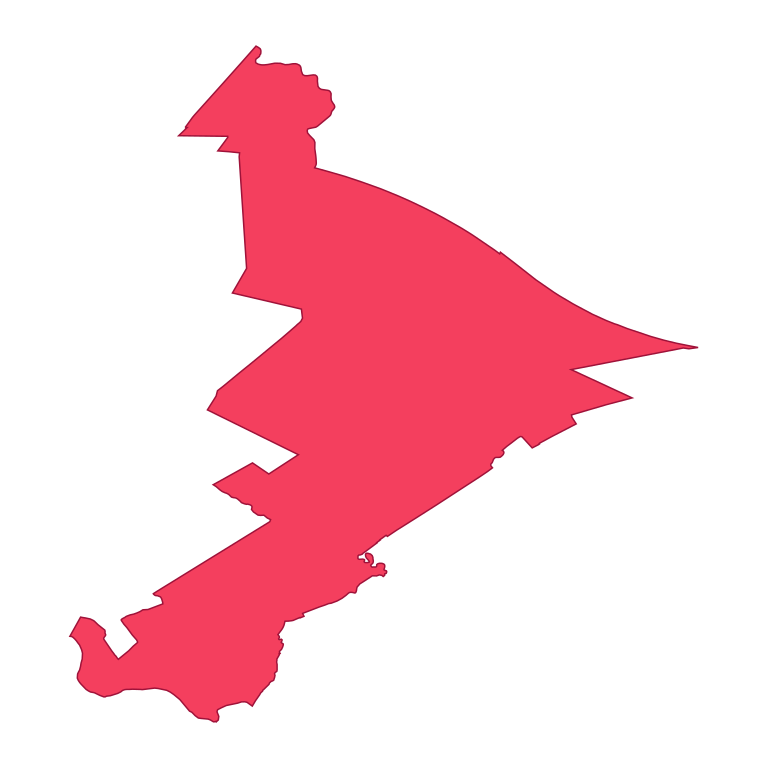 the district of Ciorogarla, Giurgiu, Romania
{"feature_id": "2599482B38423269325251", "entity_name": "Ciorogarla", "entity_type": "district", "adm_level": 2, "iso_a3": "ROU", "parent_name": "Romania", "parent_adm1": "Giurgiu", "projection": "robinson", "projection_center": [25.874, 44.434], "detail": "fine", "context": "isolated", "style": "filled", "palette": "rose", "viewbox_px": 768, "rotation_deg": 0, "n_neighbors": 0, "source": "geoboundaries", "source_scale": "gbopen_adm2", "svg_char_len": 6042}
<svg xmlns="http://www.w3.org/2000/svg" viewBox="0 0 768 768"><path d="M216.2,721.9L218.3,720.0L218.8,716.4L217.0,711.8L217.6,709.7L221.3,707.8L226.3,705.5L237.8,703.1L241.4,701.9L244.8,701.8L247.0,702.3L252.3,706.1L255.5,700.7L259.7,694.7L260.6,693.0L262.6,691.1L262.7,690.3L263.5,689.7L269.0,684.3L269.5,682.9L271.2,681.4L272.6,680.9L273.7,680.2L274.6,677.4L275.0,675.4L274.6,674.0L274.6,673.4L275.3,672.4L276.8,671.4L277.1,669.9L277.1,664.5L276.6,662.0L276.9,660.3L276.9,659.0L278.7,655.9L279.4,654.5L279.1,653.8L280.1,653.4L279.4,652.2L279.5,651.4L281.5,649.4L282.7,646.9L283.3,644.7L283.2,643.9L281.4,642.7L281.2,642.3L281.9,640.9L282.1,639.9L281.3,639.2L279.5,639.6L279.0,639.5L278.7,639.2L278.6,638.9L279.4,637.4L279.2,636.3L277.9,634.6L281.3,630.2L282.2,628.9L283.1,627.3L284.0,625.2L285.0,621.2L288.4,621.1L291.8,620.7L293.2,620.4L299.9,617.5L300.1,617.9L304.0,616.3L302.6,613.4L319.2,607.0L325.1,605.0L328.6,603.6L331.2,603.2L337.1,601.0L342.0,598.3L345.9,595.4L348.6,593.0L349.6,592.5L350.8,592.3L352.2,592.4L354.9,593.0L355.4,592.8L355.8,592.4L356.4,590.8L356.8,588.1L357.2,586.9L358.6,585.4L359.7,584.0L372.4,575.8L376.6,575.9L379.4,574.9L381.9,575.4L383.2,576.5L384.6,575.4L384.6,574.6L384.8,573.8L385.7,573.6L386.2,573.3L386.5,572.7L386.7,571.8L386.6,571.2L386.3,570.8L384.3,570.1L384.0,569.4L384.3,568.5L384.6,567.5L384.8,566.2L384.7,565.3L384.4,564.5L383.5,563.9L382.2,563.4L381.3,563.3L379.4,563.3L377.9,563.7L376.8,564.5L376.6,566.3L376.0,566.9L374.9,567.1L374.1,566.9L372.2,567.2L370.9,565.9L370.7,565.2L372.8,563.2L373.2,562.1L373.3,560.9L372.9,558.3L372.9,557.4L372.2,555.6L370.6,554.1L368.0,553.3L366.4,553.2L365.8,553.7L365.5,554.3L365.6,556.1L366.2,557.7L368.6,560.4L369.3,561.6L369.2,562.2L367.4,562.6L365.7,562.6L364.6,562.4L364.3,562.1L364.1,561.3L364.5,560.6L364.5,559.7L364.0,559.4L362.7,559.1L359.3,559.3L358.3,559.0L357.9,558.3L358.0,556.3L358.1,555.7L358.7,555.1L360.4,554.9L362.2,554.2L362.6,553.8L362.6,553.6L377.0,542.9L376.7,542.6L380.2,540.0L379.9,539.7L386.1,535.3L387.4,536.4L396.6,530.2L415.5,518.3L437.0,504.6L481.4,475.7L488.0,471.2L492.5,467.8L491.0,466.0L490.8,465.4L490.8,464.4L491.0,463.9L491.4,463.4L492.0,462.9L492.4,462.2L493.5,459.3L494.8,457.9L495.3,457.6L496.1,457.4L498.6,457.4L499.5,457.3L500.2,457.2L501.2,456.5L502.4,455.4L503.2,454.5L503.8,453.2L503.9,452.4L503.7,451.7L503.3,451.0L502.3,450.3L506.9,446.3L511.3,443.0L517.3,438.3L519.9,436.7L520.9,436.5L522.1,436.9L523.5,438.4L532.2,447.9L538.6,444.6L539.5,443.9L539.2,443.5L539.7,443.1L552.8,436.0L576.2,423.9L571.9,417.2L571.5,414.9L606.3,404.7L632.1,397.9L571.1,369.6L683.3,348.0L688.9,348.8L698.1,347.5L688.2,345.6L676.3,343.2L663.9,340.2L650.9,336.5L627.3,328.6L617.4,324.7L614.4,323.8L606.2,320.5L592.3,314.2L576.0,305.5L572.7,303.7L559.2,295.7L553.6,292.1L535.7,279.7L515.6,263.9L500.4,252.2L499.7,253.9L494.5,250.0L489.2,246.4L472.6,235.1L461.9,228.4L445.0,218.8L436.0,213.9L422.7,207.2L410.3,201.3L398.8,196.2L381.2,189.0L362.6,182.3L345.3,176.5L327.7,171.4L314.6,167.8L315.7,165.7L316.2,164.2L316.3,163.1L316.0,158.0L315.7,155.1L314.8,148.7L314.9,142.4L313.9,139.8L309.6,135.4L307.6,133.0L307.2,130.8L307.5,129.6L308.1,128.8L310.7,128.2L315.8,127.2L317.6,126.1L329.6,116.1L330.5,115.1L331.0,114.0L331.6,111.8L332.0,111.0L332.8,110.2L334.0,108.6L334.6,107.5L334.7,106.6L334.4,105.4L334.0,104.6L333.3,103.7L331.5,100.8L331.2,99.6L331.0,97.0L331.1,93.7L330.4,92.0L329.8,91.3L328.9,90.6L327.6,90.3L321.4,89.4L320.6,89.0L319.4,88.3L318.0,86.4L317.4,81.2L317.5,78.5L317.4,77.7L317.1,76.7L316.7,76.1L315.4,75.1L313.3,74.9L307.4,75.7L306.0,75.7L304.6,75.6L302.7,74.6L301.4,71.2L300.9,67.7L300.4,66.3L299.5,65.2L297.0,64.0L295.3,63.7L292.5,63.8L288.8,64.5L285.1,64.7L280.5,63.3L275.2,63.2L274.2,63.3L267.9,64.5L264.2,64.9L261.8,64.9L259.6,64.5L258.1,64.1L256.2,63.0L255.9,62.8L255.7,62.4L255.6,60.9L255.7,59.7L256.2,58.9L258.8,56.9L259.6,56.0L259.9,54.7L260.6,54.0L260.8,53.2L260.9,51.3L260.8,50.3L260.5,49.4L260.1,48.7L258.5,47.5L256.0,46.1L242.6,61.3L222.1,84.3L194.6,114.9L192.5,117.4L185.6,126.9L186.2,127.3L186.0,127.6L187.1,127.6L178.7,135.7L227.7,136.3L227.8,137.4L217.8,150.9L228.8,151.7L239.6,152.8L239.2,156.5L239.2,157.1L246.6,268.4L232.4,293.0L301.4,309.1L302.5,318.2L300.8,321.5L297.0,324.8L295.8,326.0L281.6,338.3L251.5,363.1L238.4,373.7L222.8,386.6L217.5,390.7L216.1,396.1L207.4,409.9L298.4,454.7L268.8,474.0L252.5,462.9L213.2,484.7L216.3,486.7L219.6,489.6L222.2,491.5L225.1,492.8L226.7,493.3L228.7,494.4L231.5,497.1L233.3,497.6L235.6,497.9L237.4,498.8L240.3,501.3L241.4,502.6L244.4,503.8L246.5,504.3L247.4,504.1L249.8,504.7L251.1,505.4L251.9,506.3L252.0,507.2L251.5,509.5L253.5,512.0L258.0,515.1L260.4,515.4L263.9,515.2L267.3,518.0L270.6,519.6L269.8,521.7L157.5,591.0L153.3,593.7L153.5,594.1L154.5,595.0L155.3,595.5L157.7,595.8L160.5,596.9L161.6,598.7L162.7,602.4L162.8,603.9L148.0,609.5L142.9,609.8L139.8,611.7L136.8,613.0L133.7,614.1L130.1,614.9L126.7,616.2L125.9,616.6L124.6,617.6L123.6,618.0L121.9,619.0L121.2,619.8L121.3,620.4L123.9,624.2L126.8,627.5L132.3,635.0L136.6,639.9L137.5,641.7L137.6,642.2L137.2,642.8L133.2,646.2L128.7,650.8L118.3,659.3L117.2,658.0L116.0,656.2L114.4,654.6L114.0,653.8L111.9,651.1L103.8,639.2L103.7,638.4L103.9,637.8L104.2,637.3L105.4,635.7L105.7,634.9L105.5,634.2L105.2,633.6L105.0,632.9L105.1,631.5L104.8,630.1L98.0,624.7L94.3,621.1L93.2,620.4L90.3,619.0L85.7,618.0L82.6,617.5L80.6,617.1L69.9,636.3L71.6,636.5L73.0,637.3L74.7,638.9L76.4,640.8L77.8,642.8L79.6,645.1L81.6,649.7L82.5,653.2L82.2,659.1L81.1,663.0L80.5,666.6L79.6,670.0L78.4,672.2L77.6,674.0L77.3,678.1L78.3,680.4L79.7,682.5L81.1,684.2L86.1,689.4L88.4,690.9L90.5,692.0L93.3,692.5L94.5,692.8L99.9,695.4L103.9,696.9L105.4,696.8L106.4,696.2L110.4,695.7L117.7,693.4L120.9,691.8L122.6,690.4L124.8,689.6L126.9,689.4L129.2,689.4L132.6,689.2L140.1,689.4L142.3,689.6L154.7,688.1L158.2,688.5L166.7,690.3L170.3,692.1L174.0,694.7L179.9,699.6L189.5,711.1L191.9,712.3L195.1,715.6L198.3,718.0L200.8,718.4L208.2,719.1L210.5,720.0L212.7,721.4L213.9,721.9L215.9,721.4L216.2,721.9Z" fill="#f43f5e" stroke="#9f1239" stroke-width="1.5"/></svg>